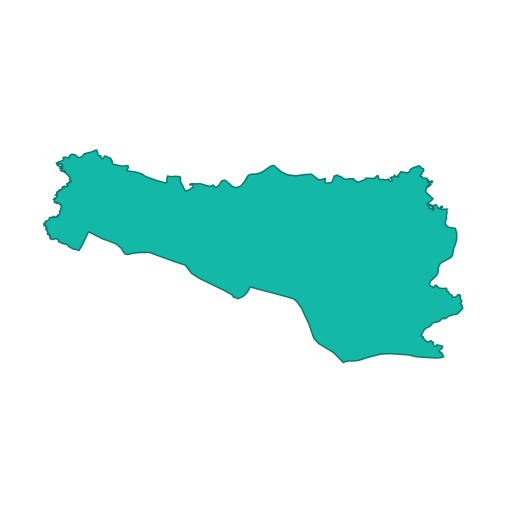 outline of Pa Tio, Yasothon, Thailand, rotated 258°
{"feature_id": "78962969B66944967065262", "entity_name": "Pa Tio", "entity_type": "district", "adm_level": 2, "iso_a3": "THA", "parent_name": "Thailand", "parent_adm1": "Yasothon", "projection": "equal_earth", "projection_center": [104.435, 15.866], "detail": "fine", "context": "isolated", "style": "filled", "palette": "teal", "viewbox_px": 512, "rotation_deg": 258, "n_neighbors": 0, "source": "geoboundaries", "source_scale": "gbopen_adm2", "svg_char_len": 5997}
<svg xmlns="http://www.w3.org/2000/svg" viewBox="0 0 512 512"><g transform="rotate(258 256 256)"><path d="M309.5,391.6L307.3,387.7L309.3,379.5L307.5,377.5L307.8,376.2L307.0,372.1L307.0,370.1L308.5,369.7L309.4,367.8L310.5,368.0L311.2,367.5L312.2,363.6L312.3,359.7L313.6,357.6L316.3,355.2L316.9,353.2L318.0,352.9L318.2,351.2L317.8,349.0L312.3,345.6L312.4,339.8L313.9,338.8L316.4,339.8L317.5,339.7L317.1,335.1L317.5,333.1L324.5,327.2L325.5,320.7L326.1,311.6L328.9,303.6L333.1,298.2L340.4,292.6L341.1,291.1L340.9,289.3L337.3,280.7L336.4,277.2L336.1,273.8L337.0,268.3L336.6,265.7L335.6,264.1L331.4,260.5L328.3,256.6L327.5,255.2L327.0,252.1L327.2,250.1L328.8,247.5L336.2,241.8L336.8,240.5L336.7,238.3L332.6,234.0L331.4,231.2L331.7,230.5L334.3,228.9L333.8,226.0L333.9,224.7L338.5,216.1L338.7,213.3L339.8,209.7L340.1,206.8L339.9,206.2L339.4,206.1L338.6,208.6L338.0,209.1L336.4,208.9L334.5,203.7L334.3,200.3L345.1,197.5L348.3,198.5L349.5,198.0L350.8,193.3L351.2,189.5L352.6,186.1L349.0,184.4L347.1,184.5L346.3,182.6L350.6,174.3L356.7,164.5L360.3,161.1L363.6,154.8L366.0,147.6L367.3,147.9L369.0,149.6L370.9,149.5L371.5,147.8L371.4,144.3L375.4,135.5L376.3,134.9L379.2,134.9L381.8,134.0L385.1,129.6L385.0,128.5L383.0,126.6L383.2,125.5L386.5,124.7L386.9,123.4L387.7,122.5L391.7,122.6L393.0,121.7L392.0,117.2L391.7,109.3L389.4,106.4L389.0,103.8L389.5,102.3L392.5,100.3L393.9,96.9L392.7,94.3L390.9,93.2L390.9,92.3L392.3,90.4L392.5,88.1L392.2,87.7L390.8,88.1L389.9,87.3L389.0,83.8L389.3,82.5L388.2,81.8L388.5,80.5L387.9,80.8L387.7,80.2L386.2,80.6L386.7,81.7L385.9,82.2L386.5,82.5L386.9,83.8L386.6,84.5L385.8,84.6L385.8,85.5L385.4,85.7L384.9,85.1L383.5,85.2L383.9,84.6L384.5,84.8L383.8,83.7L384.3,82.3L383.0,83.4L382.5,82.5L381.5,83.0L381.7,83.9L382.4,84.2L382.3,84.8L381.8,85.0L380.9,84.0L380.0,84.1L379.9,83.0L379.3,83.5L379.3,85.0L378.6,85.0L378.4,85.9L378.8,86.2L378.1,86.2L378.1,86.8L377.5,86.5L377.5,87.2L375.2,87.8L374.5,89.0L372.7,89.4L371.3,90.6L370.0,89.5L368.3,89.7L368.3,90.4L367.4,90.8L367.0,90.2L367.3,89.4L366.8,89.4L366.5,87.3L365.9,85.9L365.5,85.9L365.6,86.6L364.6,86.1L364.2,86.7L363.4,86.0L363.3,83.8L364.0,83.3L363.6,82.8L364.0,82.3L363.7,81.0L363.2,80.7L363.0,81.5L362.7,80.7L361.5,80.2L361.6,79.1L361.0,78.5L361.6,77.6L360.8,77.3L360.9,76.7L360.5,76.6L360.4,75.9L359.8,75.5L360.0,74.5L358.9,74.0L358.0,74.1L357.3,72.7L356.9,73.9L356.5,73.9L356.5,73.3L355.7,73.7L354.6,72.8L354.3,71.7L354.6,71.5L354.6,70.9L353.9,70.4L353.5,70.8L353.3,69.9L352.8,70.4L350.2,70.1L349.7,71.1L349.9,72.1L349.1,72.1L349.5,72.7L348.9,72.9L349.0,74.0L347.1,74.6L346.9,76.1L346.5,75.8L345.9,76.2L345.1,75.6L343.8,75.9L343.1,74.9L341.5,74.4L340.7,73.1L338.0,73.0L337.3,71.7L337.5,71.2L337.0,71.1L336.5,70.0L335.7,70.3L336.1,68.9L335.5,68.5L335.5,67.2L336.5,67.0L336.9,65.6L335.7,64.9L336.6,62.6L336.1,62.4L336.1,61.7L334.9,61.4L334.4,60.7L333.5,58.3L333.9,58.1L333.8,57.5L332.3,56.8L332.5,56.3L331.5,55.0L330.4,56.1L330.5,55.2L329.6,55.1L329.1,56.4L327.2,56.6L327.1,57.4L325.7,55.9L324.5,57.3L323.8,56.8L321.7,57.4L321.4,56.6L320.4,56.8L320.0,57.3L320.1,58.3L319.5,58.2L319.5,58.7L318.5,58.8L317.7,58.1L316.1,58.2L316.0,58.8L315.6,58.5L314.3,60.6L314.8,63.7L314.3,64.0L313.9,65.9L311.0,65.9L307.5,71.0L307.3,72.7L304.2,74.9L300.8,78.7L300.0,80.9L298.2,83.9L302.6,88.1L314.0,96.8L314.0,97.9L304.1,110.3L301.3,115.2L296.6,122.0L291.8,125.7L285.8,127.9L284.9,128.7L284.2,130.5L284.2,137.2L283.5,143.5L281.6,152.5L267.1,175.7L262.5,183.7L261.4,185.1L252.4,189.4L245.9,195.9L229.6,216.9L223.3,224.3L220.1,225.7L219.2,228.3L218.0,229.1L218.9,234.3L220.5,237.5L223.0,240.6L226.9,243.9L209.4,278.3L206.4,283.7L203.4,286.2L195.8,289.6L178.5,293.6L163.5,295.5L157.6,298.9L145.4,311.8L133.6,319.3L134.1,321.5L134.2,324.4L133.2,328.7L132.5,334.3L133.6,344.6L134.1,357.3L133.4,362.5L132.3,368.0L128.1,382.8L127.2,385.5L124.3,391.5L122.0,399.0L118.8,410.8L118.1,416.4L118.5,418.6L122.2,417.7L122.8,416.9L123.5,416.9L124.1,415.2L124.6,415.1L125.6,415.9L127.0,418.8L128.9,419.7L131.5,414.7L131.4,414.0L130.3,413.5L130.4,411.7L132.1,411.2L134.6,411.4L136.8,409.3L136.0,406.4L137.1,404.9L141.2,402.3L142.1,402.7L143.9,400.9L149.2,405.5L150.0,407.0L151.1,411.8L154.0,415.1L153.8,419.6L154.1,421.8L156.5,425.7L156.4,426.4L155.5,426.8L155.4,427.6L155.6,429.0L156.9,431.3L157.3,433.2L157.6,436.5L157.3,440.6L161.7,447.3L164.8,447.3L167.0,445.9L168.3,447.7L169.9,447.8L172.0,446.9L174.4,447.7L175.6,447.2L176.0,446.6L176.0,445.2L175.4,444.9L174.4,442.5L174.4,440.9L175.2,439.5L176.9,439.5L179.0,437.1L181.0,436.8L181.6,435.4L183.7,435.8L184.6,435.5L185.2,434.4L185.1,433.0L186.5,428.5L190.1,425.9L189.8,424.6L188.5,424.2L188.3,422.9L189.7,422.0L190.5,419.9L192.0,419.8L194.9,421.1L199.3,428.3L201.4,430.4L206.6,431.9L209.3,433.6L210.8,435.6L214.1,446.4L215.7,448.3L222.1,450.9L226.4,453.7L231.2,455.9L236.3,457.0L241.6,456.7L244.0,450.4L245.1,449.2L247.6,448.0L250.0,448.2L253.3,450.3L255.9,450.6L258.8,451.9L261.2,451.9L262.1,452.8L262.8,449.0L262.6,447.3L263.7,446.2L264.7,448.2L265.9,448.5L265.9,447.3L264.6,445.8L264.7,444.4L268.6,443.0L268.6,438.4L267.8,438.3L267.1,439.4L265.8,440.0L264.5,439.2L264.2,438.4L265.0,438.9L266.2,438.4L266.1,436.8L266.5,435.3L267.3,435.8L268.3,435.6L268.7,436.0L268.7,436.9L270.0,437.7L270.4,437.1L270.2,434.6L271.2,433.8L273.9,439.4L275.3,441.0L282.3,436.0L284.6,435.2L286.5,437.0L288.3,437.6L287.8,438.3L288.0,439.7L288.3,440.0L288.8,438.9L289.3,441.6L290.4,439.9L291.5,440.3L291.9,441.5L291.1,441.8L291.1,443.3L292.5,444.2L292.9,443.1L292.6,439.3L293.3,439.1L293.7,440.3L296.2,439.5L297.8,435.2L299.1,434.8L300.2,432.9L300.9,433.1L301.7,435.2L303.7,436.2L303.9,437.1L305.3,438.1L306.6,437.8L308.0,435.7L309.4,435.5L310.5,433.6L309.9,431.7L309.9,428.8L308.6,424.9L306.7,423.8L305.8,421.6L308.3,415.1L305.7,412.5L305.3,411.4L303.8,411.5L304.4,410.4L304.4,409.4L306.3,408.2L304.4,407.1L305.0,405.7L304.8,403.8L301.3,405.0L300.7,403.6L302.0,402.0L303.3,402.1L303.7,401.5L303.4,398.2L304.6,396.5L304.7,393.5L306.0,392.3L308.7,392.2L309.5,391.6Z" fill="#14b8a6" stroke="#0f766e" stroke-width="1.5"/></g></svg>